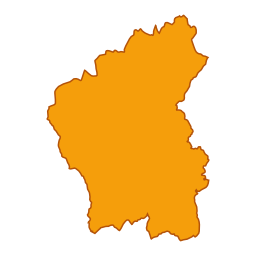 Pac Nam, Bắc Kạn, Vietnam
{"feature_id": "81297802B12739753000309", "entity_name": "Pac Nam", "entity_type": "district", "adm_level": 2, "iso_a3": "VNM", "parent_name": "Vietnam", "parent_adm1": "Bắc Kạn", "projection": "equal_earth", "projection_center": [105.684, 22.609], "detail": "fine", "context": "isolated", "style": "filled", "palette": "amber", "viewbox_px": 256, "rotation_deg": 0, "n_neighbors": 0, "source": "geoboundaries", "source_scale": "gbopen_adm2", "svg_char_len": 5832}
<svg xmlns="http://www.w3.org/2000/svg" viewBox="0 0 256 256"><path d="M208.7,180.2L207.6,180.0L206.6,179.4L205.8,179.3L204.7,179.8L204.2,179.8L203.9,179.2L203.9,178.8L204.1,178.6L205.4,178.1L205.5,177.4L205.3,176.4L205.0,175.9L204.5,175.6L202.2,175.2L201.7,175.1L201.6,174.8L201.7,174.4L202.3,173.7L204.1,172.9L205.0,172.2L205.1,171.7L205.1,171.0L204.4,169.2L203.3,168.1L203.2,167.1L203.6,166.0L205.6,165.8L206.7,163.4L208.5,160.9L208.8,160.1L208.7,159.7L208.5,159.4L207.7,159.1L207.9,157.3L207.9,156.6L207.7,156.0L205.1,153.9L204.1,152.1L203.4,150.4L201.0,149.5L200.4,146.9L199.7,146.8L198.5,146.9L197.4,148.7L197.0,148.8L195.4,148.3L194.6,148.6L193.9,149.0L193.5,149.0L192.7,148.5L191.7,148.6L191.0,148.3L191.0,147.8L191.7,146.7L191.6,146.4L191.1,145.5L190.6,144.2L190.0,143.6L189.6,142.6L189.0,142.2L188.4,141.9L187.5,141.9L187.2,141.6L187.3,141.3L188.1,140.6L188.4,139.9L188.3,138.5L188.3,137.8L188.6,137.2L190.2,136.3L190.5,135.9L190.7,134.9L192.0,133.9L192.0,132.9L192.8,132.0L193.0,131.4L192.8,130.5L192.5,129.8L191.0,128.3L190.8,126.4L187.6,120.5L186.8,119.9L184.7,119.1L184.6,118.4L184.9,116.3L184.5,114.0L184.1,113.2L183.4,112.5L182.2,111.7L181.3,110.7L180.5,110.3L179.0,110.0L176.7,110.0L176.6,109.3L177.1,108.5L177.2,107.6L176.8,105.5L175.9,105.1L176.5,103.9L179.0,101.4L179.6,101.2L181.0,101.4L181.6,101.3L183.7,100.1L184.1,99.4L184.4,97.9L184.3,96.0L184.5,94.3L184.8,93.4L187.0,90.7L189.5,86.4L189.9,83.6L190.8,80.7L191.2,80.0L192.5,79.2L192.9,78.7L193.2,77.9L193.9,77.5L195.7,76.9L196.3,76.2L197.8,73.0L199.1,71.6L201.3,69.7L203.4,66.1L205.6,64.2L206.4,60.4L207.3,58.3L208.0,57.5L205.4,56.3L203.2,55.9L202.5,55.5L201.5,54.5L200.5,54.0L199.0,53.8L197.5,53.1L196.2,51.9L195.2,50.2L194.0,47.1L191.9,41.0L191.6,39.9L191.8,39.0L192.9,37.9L195.9,33.7L196.2,33.0L196.2,30.0L195.6,27.8L194.5,26.5L193.8,26.3L193.1,26.4L191.7,27.3L190.8,27.5L190.6,27.4L190.3,26.9L190.1,26.1L188.1,24.6L187.7,23.0L187.2,19.9L187.2,18.9L183.8,15.5L183.4,15.4L182.0,16.6L181.3,16.8L180.7,16.9L180.2,16.7L179.6,15.9L178.8,16.5L175.7,17.7L174.7,18.8L174.4,20.2L174.4,22.2L173.1,23.6L172.2,24.5L171.7,24.5L167.6,22.6L166.0,22.6L165.4,22.9L165.0,23.6L164.1,26.6L163.2,26.9L162.1,27.7L161.3,28.8L159.3,33.2L158.8,32.8L157.4,30.8L156.3,27.8L155.9,25.8L155.6,25.5L155.3,26.2L154.0,29.9L153.6,31.6L153.6,33.1L153.2,34.6L153.1,35.1L152.7,35.3L151.5,34.8L150.3,35.2L149.6,35.0L145.6,33.3L144.3,32.5L142.2,30.9L141.1,29.3L140.5,28.9L140.0,29.2L138.8,30.6L138.0,31.1L136.4,30.0L135.8,29.8L134.5,30.3L134.1,31.4L133.9,34.4L133.6,35.1L131.2,36.6L129.5,38.9L125.8,45.9L124.4,49.2L124.3,49.7L124.5,51.3L124.4,51.9L124.1,52.1L120.9,51.6L119.2,52.1L118.1,52.1L115.9,50.5L115.1,50.3L114.6,50.4L114.2,50.7L113.9,51.5L113.3,52.0L112.8,52.0L109.2,50.8L107.6,50.6L106.5,50.8L106.0,51.3L105.5,54.3L99.8,55.4L98.8,56.4L97.3,58.3L95.0,60.5L95.0,61.4L95.8,65.2L96.1,68.6L97.0,72.7L97.1,75.2L96.3,75.9L93.1,76.1L91.3,75.7L88.6,73.6L85.4,70.7L84.7,70.3L84.4,70.9L81.9,78.6L81.3,80.1L80.9,80.4L80.4,80.5L78.1,79.2L76.2,78.7L74.6,78.8L73.6,79.0L72.5,80.0L70.0,81.8L63.3,84.0L58.6,86.5L56.5,88.8L55.4,90.5L54.9,91.8L54.9,93.4L55.4,99.5L55.4,102.0L55.4,103.3L55.0,104.1L53.9,104.9L50.4,106.2L48.9,107.0L49.1,107.7L49.0,108.4L48.6,109.4L47.9,110.5L47.7,111.4L48.1,116.5L47.9,117.5L47.4,118.4L47.2,119.0L47.5,119.4L49.3,120.3L49.7,121.0L49.9,122.3L50.5,123.3L51.3,124.0L52.1,125.3L53.2,126.0L53.7,127.2L54.1,128.7L54.5,129.6L55.3,130.2L56.1,131.1L57.8,133.7L58.2,134.6L60.1,136.3L60.3,137.0L60.1,138.4L59.3,140.0L58.7,142.5L58.4,144.6L58.4,145.7L58.6,146.7L59.1,147.8L60.0,150.1L60.2,151.8L61.6,154.0L61.9,156.3L62.9,157.1L65.8,158.2L66.4,159.1L67.7,162.7L68.8,164.5L69.4,166.3L69.4,167.4L69.2,168.5L69.9,168.8L70.8,168.9L74.6,168.1L75.9,168.6L78.7,170.8L80.1,172.6L81.3,174.6L81.8,175.8L82.9,176.1L83.5,176.6L83.9,178.0L84.8,179.6L85.2,181.0L85.5,182.6L86.5,183.7L87.0,184.5L87.6,189.1L89.3,192.3L89.6,193.7L90.0,196.8L89.8,199.7L90.6,201.4L91.5,202.2L91.5,203.1L91.1,204.4L91.0,205.4L91.1,206.4L90.7,207.8L90.2,208.4L89.3,208.8L88.9,209.8L88.8,212.0L88.2,213.8L87.5,214.8L87.8,215.8L89.9,218.0L90.4,219.0L90.1,220.0L89.6,220.9L88.6,221.8L88.3,222.7L88.7,222.7L89.2,223.3L89.1,225.8L89.1,227.0L89.3,227.8L90.0,229.2L90.7,230.4L91.4,231.1L91.8,231.2L91.3,231.5L94.9,233.4L99.3,229.2L100.0,228.7L100.6,227.8L105.8,226.4L108.5,226.3L110.3,225.4L111.7,225.1L112.7,225.1L113.3,225.3L114.5,227.1L116.4,228.0L118.4,229.9L119.4,230.5L119.9,230.1L121.2,228.1L123.2,224.1L125.4,221.3L126.4,220.4L127.1,220.0L128.5,220.1L129.2,220.8L130.2,222.4L131.8,224.4L132.1,224.3L133.6,222.1L135.1,221.1L136.4,221.3L137.1,221.2L137.4,221.1L137.8,220.1L138.1,219.8L139.2,219.7L139.8,219.5L140.3,219.2L140.8,218.5L141.2,218.2L141.8,218.2L143.1,218.4L143.5,218.4L144.6,217.8L146.8,215.8L147.1,214.7L147.5,213.9L148.3,215.9L149.1,217.0L149.5,218.3L149.4,218.9L147.7,222.1L147.2,223.6L147.1,225.3L146.5,227.8L146.6,228.7L146.9,229.9L147.2,230.5L148.8,231.5L148.9,231.9L150.3,236.0L151.0,238.5L151.3,238.9L152.8,237.8L154.3,237.1L157.4,236.4L158.6,234.8L158.9,234.1L161.0,233.9L161.4,233.4L162.6,232.5L164.2,232.3L166.7,231.3L167.3,231.2L168.1,231.4L168.6,231.7L169.3,231.8L169.6,232.1L170.2,233.2L170.9,233.8L171.5,234.0L172.9,234.3L174.0,233.9L174.6,235.1L175.2,235.6L177.6,236.1L177.9,236.3L179.4,239.4L180.5,240.6L180.8,240.6L183.3,239.8L187.2,239.1L191.7,236.9L192.3,236.5L193.4,235.5L195.1,236.9L195.3,236.8L196.7,235.8L198.7,233.3L199.2,231.2L199.4,224.6L199.1,221.9L198.4,219.3L197.2,217.4L197.0,216.8L197.3,215.3L197.1,214.4L196.6,213.2L197.0,211.4L197.0,210.4L196.7,206.9L194.7,202.0L194.6,201.2L194.7,199.9L194.4,198.5L194.4,197.4L194.7,196.4L194.9,195.9L195.5,195.2L196.4,194.4L197.3,194.0L197.6,193.6L197.6,193.4L196.3,192.2L195.6,190.9L196.3,189.8L197.4,191.3L199.3,191.3L201.5,189.7L205.9,187.4L207.4,185.6L208.2,183.3L208.7,180.2Z" fill="#f59e0b" stroke="#b45309" stroke-width="1.5"/></svg>